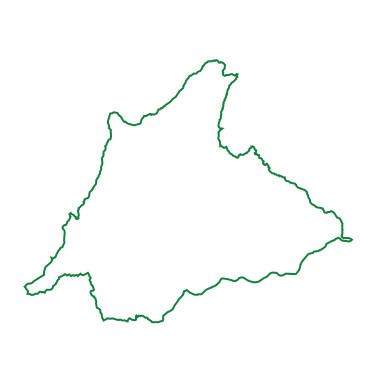 the district of Rovira, Tolima, Colombia, rotated 183°
{"feature_id": "7082276B59916866307322", "entity_name": "Rovira", "entity_type": "district", "adm_level": 2, "iso_a3": "COL", "parent_name": "Colombia", "parent_adm1": "Tolima", "projection": "robinson", "projection_center": [-75.359, 4.193], "detail": "fine", "context": "isolated", "style": "outline", "palette": "green", "viewbox_px": 384, "rotation_deg": 183, "n_neighbors": 0, "source": "geoboundaries", "source_scale": "gbopen_adm2", "svg_char_len": 5985}
<svg xmlns="http://www.w3.org/2000/svg" viewBox="0 0 384 384"><g transform="rotate(183 192 192)"><path d="M167.3,255.0L165.1,256.9L167.6,257.1L169.1,259.3L168.7,262.8L168.1,264.0L168.3,265.4L167.5,266.1L167.1,267.2L167.1,270.5L166.8,271.4L167.1,273.4L165.7,276.4L166.0,277.1L165.5,277.5L165.6,278.3L165.1,279.5L165.4,281.3L165.0,281.9L165.2,283.1L164.1,285.0L164.4,285.6L163.6,286.8L163.6,287.6L162.9,288.7L162.9,289.9L162.4,290.5L162.7,291.6L162.0,292.3L162.2,293.3L161.8,295.4L160.5,298.0L160.4,300.2L158.9,301.6L158.3,303.0L156.9,303.9L154.0,307.0L153.6,308.7L152.8,309.1L153.1,310.9L152.7,311.9L153.6,312.2L154.8,310.7L155.5,310.5L158.4,311.9L162.2,310.6L163.8,310.7L165.1,309.7L166.6,310.2L167.5,311.8L167.0,312.9L167.6,314.2L167.3,315.2L165.9,317.0L165.7,320.6L167.5,322.4L169.9,323.3L170.8,322.6L171.6,322.6L173.1,324.4L174.8,324.9L175.6,324.3L176.7,324.6L177.0,324.1L178.0,324.2L179.0,323.5L182.8,323.3L183.3,322.4L185.1,321.6L187.1,318.7L187.8,318.4L188.3,316.2L190.0,313.4L192.2,312.4L194.2,310.4L196.6,310.3L199.2,308.1L200.5,307.7L202.0,305.1L203.9,302.8L204.3,300.6L206.2,297.4L206.1,295.8L206.5,295.1L209.7,292.1L213.2,286.2L216.3,283.8L217.9,281.5L219.7,279.8L222.9,277.6L223.5,276.5L225.2,275.7L225.9,274.2L227.4,274.0L228.1,272.9L229.7,272.7L231.2,269.0L232.7,267.8L234.1,267.3L235.8,267.5L236.8,266.8L237.3,267.6L238.4,267.7L241.9,265.5L244.0,265.4L244.5,263.7L245.1,263.4L246.4,260.9L246.9,258.2L247.7,257.3L253.6,255.6L259.3,256.9L261.2,257.8L262.2,258.8L263.4,258.5L264.7,259.9L267.1,263.7L268.5,264.3L270.8,267.1L274.4,267.5L276.0,266.4L277.8,266.1L279.8,257.5L278.0,252.6L278.4,251.6L276.9,250.4L276.2,249.4L276.4,247.9L275.7,243.7L276.2,240.5L277.8,239.9L279.7,235.9L279.9,234.3L281.1,233.2L280.4,231.2L281.1,229.1L282.4,227.6L282.3,223.4L283.8,221.1L282.9,215.8L284.1,212.2L283.8,209.7L285.0,207.4L284.7,206.0L286.0,203.5L286.2,202.0L287.2,200.8L288.3,198.5L288.1,197.3L288.5,194.7L290.0,192.7L291.8,189.0L294.2,186.4L294.5,182.8L295.3,180.8L298.9,179.1L299.0,177.3L299.8,176.4L299.1,175.5L299.9,173.8L301.5,172.9L303.6,170.4L304.5,169.9L304.2,168.5L304.9,167.5L303.8,162.8L304.3,161.1L304.0,159.7L305.3,159.0L306.6,159.4L306.9,159.9L306.4,160.7L308.3,161.9L308.9,162.8L311.5,163.9L311.9,164.6L313.2,163.4L312.6,161.6L312.1,161.2L312.2,160.2L313.6,157.0L314.8,155.9L315.9,152.9L316.5,152.4L317.7,152.3L319.4,150.3L319.3,148.9L317.6,147.0L317.0,145.6L317.2,137.4L316.8,134.8L318.5,130.3L320.9,128.8L321.2,127.5L322.2,126.6L323.7,123.4L325.0,119.7L325.8,119.6L327.5,118.3L328.9,118.9L328.1,116.7L329.1,114.5L334.4,109.4L335.6,104.4L335.4,101.6L345.4,94.6L347.0,92.9L348.1,92.3L351.0,91.8L352.7,90.6L353.2,89.4L354.2,88.8L350.6,84.3L350.8,81.6L348.6,81.6L346.9,80.8L345.2,81.0L342.7,82.3L341.0,82.2L338.9,84.4L337.6,84.4L336.6,83.8L335.4,84.5L333.8,83.7L333.0,85.6L331.9,86.7L329.0,86.9L327.3,87.4L326.0,89.2L325.9,90.7L323.3,92.9L321.6,96.8L320.2,98.3L320.4,99.7L315.5,102.4L314.8,103.2L313.9,103.1L312.4,102.1L310.1,103.3L308.6,101.7L306.5,102.8L305.3,102.1L303.2,103.1L302.3,102.9L301.7,102.1L299.1,104.6L297.7,103.5L296.0,103.3L291.8,105.8L290.3,103.8L290.1,102.5L289.1,101.5L288.7,100.4L289.7,99.0L289.3,97.7L288.4,96.8L288.3,95.0L287.6,94.5L287.4,93.8L286.6,93.4L284.8,89.5L285.1,88.6L287.9,87.7L288.1,86.2L286.8,83.9L285.0,82.5L284.1,82.5L283.9,81.4L282.7,80.3L282.4,78.7L281.8,77.7L282.0,75.7L281.1,72.0L280.8,71.4L279.3,70.9L277.4,69.5L277.2,66.8L276.0,65.9L275.1,61.8L273.5,59.1L269.4,61.5L267.5,61.1L264.6,61.6L259.5,60.4L258.3,60.3L257.1,60.9L255.0,60.1L252.6,60.3L249.6,59.4L249.0,61.3L247.8,62.7L245.0,61.2L242.0,61.1L241.3,61.6L241.5,64.8L241.1,65.6L239.8,64.3L239.0,65.5L238.6,65.3L237.9,65.7L237.3,65.3L236.5,65.8L234.8,65.8L231.6,63.9L230.6,64.2L229.6,63.7L229.3,62.7L226.1,61.1L225.1,59.9L219.1,60.2L214.5,61.9L214.1,62.8L214.3,66.8L210.1,70.7L206.8,72.5L204.9,74.4L203.3,78.1L200.4,82.3L199.4,84.6L197.8,86.0L195.5,89.0L194.7,92.6L194.4,92.9L193.3,92.9L192.0,93.8L189.5,91.8L184.7,89.7L181.2,89.6L180.5,90.2L177.2,90.4L172.8,95.1L163.2,100.0L160.1,103.3L158.8,106.0L157.6,107.1L156.1,107.3L151.0,106.7L144.4,105.1L141.4,107.0L140.5,108.5L137.7,109.4L135.6,108.9L132.2,106.9L129.8,106.0L126.5,105.1L124.3,105.1L121.2,105.8L119.3,107.0L116.0,109.6L112.5,111.5L109.8,114.7L107.6,115.7L103.4,115.7L100.9,113.7L99.5,113.2L97.4,113.3L93.9,115.4L85.2,115.4L83.7,115.8L80.7,120.1L79.7,125.6L77.8,129.3L73.1,135.5L72.2,136.3L68.0,137.6L67.2,138.8L63.2,139.6L61.2,140.6L58.3,142.4L55.9,144.5L55.1,147.0L54.4,147.6L49.9,150.3L47.5,151.2L46.1,152.6L43.5,153.9L41.8,153.2L39.9,151.5L38.1,151.1L35.4,151.2L33.0,150.7L30.9,151.5L29.8,152.7L31.1,153.6L33.6,154.3L38.2,153.8L40.3,155.4L39.6,158.8L39.9,160.6L39.6,162.0L40.1,163.2L40.0,165.1L40.3,166.2L40.1,168.3L42.6,172.7L43.6,173.5L45.7,174.1L49.1,178.7L52.1,180.2L53.4,179.2L55.4,179.1L56.2,178.3L58.4,178.6L59.0,179.0L59.1,179.8L60.9,182.6L61.9,182.3L62.6,182.9L65.4,183.0L67.6,183.7L69.0,185.0L71.4,186.0L73.1,187.6L73.7,188.9L73.7,190.1L75.5,192.7L75.9,194.7L77.0,196.4L77.1,197.8L79.3,199.8L86.6,202.1L88.3,203.9L88.4,204.6L89.7,205.7L94.3,206.5L95.3,207.5L98.6,208.1L99.7,209.3L100.2,211.5L101.7,211.3L104.2,212.7L105.3,212.3L105.8,213.2L106.5,213.3L107.4,212.9L109.3,214.1L110.1,214.0L110.5,214.5L113.1,215.1L115.5,216.9L116.4,218.7L115.8,219.9L117.0,220.5L116.8,221.7L118.6,224.0L119.1,224.1L120.2,222.8L121.0,222.9L121.1,223.4L122.3,223.8L122.6,224.8L122.0,226.4L123.2,227.1L124.3,229.1L126.6,229.6L126.8,231.6L127.2,232.4L128.2,232.2L129.2,233.1L130.5,232.9L131.1,233.3L131.4,234.1L130.3,234.6L130.0,236.8L131.6,237.9L132.6,240.2L134.1,240.7L135.1,240.5L135.0,239.4L136.8,238.3L137.1,237.5L136.9,236.6L137.2,236.0L138.9,234.6L139.5,233.5L140.3,233.6L142.7,231.9L144.7,231.7L145.7,232.2L146.4,231.1L147.1,231.1L147.8,228.9L148.6,228.5L151.6,230.1L153.3,230.6L154.1,231.7L156.4,232.7L157.3,234.4L158.7,235.5L160.0,238.9L162.2,237.6L165.2,239.5L166.2,239.2L166.1,240.1L166.9,243.4L166.7,244.0L168.6,246.7L168.2,249.2L168.6,252.8L167.3,255.0Z" fill="none" stroke="#15803d" stroke-width="2"/></g></svg>